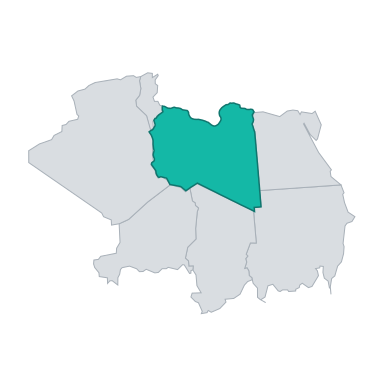 Libya and the surrounding countries, rotated 356°
{"feature_id": "LBY", "entity_name": "Libya", "entity_type": "country or territory", "adm_level": 0, "iso_a3": "LBY", "parent_name": "Africa", "parent_adm1": "", "projection": "natural_earth1", "projection_center": [17.634, 26.339], "detail": "fine", "context": "with_neighbors", "style": "filled", "palette": "teal", "viewbox_px": 384, "rotation_deg": 356, "n_neighbors": 6, "source": "natural_earth", "source_scale": "50m", "svg_char_len": 6725}
<svg xmlns="http://www.w3.org/2000/svg" viewBox="0 0 384 384"><g transform="rotate(356 192 192)"><path d="M257.8,307.5L252.4,303.9L250.0,301.6L250.6,292.4L246.6,287.3L245.8,281.8L243.3,279.4L243.2,274.7L241.7,271.6L239.2,272.0L241.7,265.7L240.9,262.3L243.2,259.8L241.7,257.9L246.7,246.9L252.6,247.4L252.1,211.7L260.0,211.6L259.8,195.3L341.1,195.3L343.6,203.4L342.2,204.8L343.4,213.2L346.3,223.0L352.8,228.0L349.5,232.6L344.4,234.0L342.3,236.5L339.1,253.9L339.9,257.1L338.9,264.1L336.2,272.1L332.1,276.1L328.6,285.7L325.3,288.0L323.3,296.5L323.5,303.8L323.4,297.4L322.4,297.3L321.6,290.4L318.0,287.2L317.0,281.4L317.8,275.4L314.5,274.8L314.1,276.6L309.9,277.0L311.6,279.4L312.3,284.3L305.1,294.6L301.5,295.5L295.6,290.7L293.0,292.4L292.3,294.8L288.7,296.3L288.5,298.0L281.5,298.0L280.5,296.3L275.5,296.0L273.0,297.4L271.1,296.7L266.2,289.7L261.2,290.9L257.5,301.9L253.0,304.3L257.8,307.5Z" fill="#d9dde1" stroke="#a8b0b8" stroke-width="1"/><path d="M252.0,215.1L252.6,247.4L246.7,246.9L241.7,257.9L243.2,259.8L240.9,262.3L241.7,265.7L239.2,272.0L241.7,271.6L243.2,274.7L243.3,279.4L245.8,281.8L245.8,283.8L241.3,285.2L237.8,288.5L232.8,297.3L226.2,301.1L217.5,301.3L218.2,304.2L211.6,310.2L202.8,313.3L199.9,311.3L198.6,313.4L192.8,314.0L193.9,311.8L190.7,302.9L187.7,301.5L183.6,296.7L185.1,292.9L194.1,293.2L190.4,285.8L190.2,275.0L187.4,269.8L188.1,266.0L183.7,265.8L183.7,260.6L180.8,257.6L183.9,246.8L192.7,239.2L193.1,228.6L195.9,212.0L197.4,208.5L194.5,205.7L194.4,203.1L191.8,201.0L190.2,188.3L197.1,183.8L252.0,215.1Z" fill="#d9dde1" stroke="#a8b0b8" stroke-width="1"/><path d="M190.2,188.3L191.8,201.0L194.4,203.1L194.5,205.7L197.4,208.5L195.9,212.0L193.1,228.6L192.7,239.2L183.9,246.8L180.8,257.6L183.7,260.6L183.7,265.8L188.1,266.0L187.4,269.8L185.5,270.3L185.2,272.9L183.9,273.1L179.2,264.2L177.6,263.8L172.2,268.4L163.0,265.5L161.0,266.7L156.9,266.4L152.8,269.9L149.3,270.1L140.9,265.9L137.6,267.9L134.0,267.8L131.4,264.7L124.5,261.6L117.0,262.6L115.2,264.4L114.1,269.0L112.1,272.3L111.5,279.6L106.2,274.9L103.8,274.9L101.4,277.3L101.6,271.7L93.6,269.9L93.5,266.0L89.7,260.6L88.8,256.9L89.4,253.0L93.9,252.7L96.5,249.8L112.2,247.8L112.9,242.8L116.7,237.3L117.1,218.6L126.9,214.9L147.1,198.9L170.8,183.3L181.5,186.9L185.4,191.3L190.2,188.3Z" fill="#d9dde1" stroke="#a8b0b8" stroke-width="1"/><path d="M154.6,127.5L152.0,112.8L142.7,102.6L142.3,96.5L146.5,91.9L148.2,85.2L147.4,77.4L148.9,73.3L156.1,70.0L160.7,70.9L160.4,75.1L166.0,72.1L166.4,73.6L163.1,77.6L162.9,81.4L165.2,83.4L164.2,90.5L159.7,94.6L160.9,99.0L164.3,99.2L165.9,103.1L168.4,104.3L167.9,110.6L157.9,118.7L157.9,125.6L154.6,127.5Z" fill="#d9dde1" stroke="#a8b0b8" stroke-width="1"/><path d="M31.2,151.3L32.0,139.4L43.2,133.4L55.6,130.0L58.4,125.9L66.4,122.6L67.1,116.6L71.0,115.9L74.2,112.9L83.0,111.5L84.3,108.3L82.7,106.6L80.7,93.0L78.6,87.7L85.2,83.3L92.4,81.9L96.7,78.5L103.1,76.0L125.2,73.9L128.5,75.1L134.8,71.9L141.8,71.9L144.4,73.8L148.9,73.3L147.4,77.4L148.2,85.2L146.5,91.9L142.3,96.5L142.7,102.6L152.0,112.8L156.6,134.7L155.1,153.3L155.6,158.5L152.8,161.9L156.7,167.9L156.9,171.4L159.3,175.9L162.5,174.4L167.8,178.2L170.8,183.3L147.1,198.9L126.9,214.9L117.1,218.6L109.4,219.4L109.5,214.2L102.1,210.5L100.5,206.7L31.2,151.3Z" fill="#d9dde1" stroke="#a8b0b8" stroke-width="1"/><path d="M341.1,195.3L259.8,195.3L258.9,136.2L256.7,129.6L258.4,124.6L257.3,121.1L259.6,117.1L268.5,117.0L284.8,122.9L292.6,117.9L298.4,117.3L303.2,118.3L305.2,122.3L306.7,119.7L317.3,122.1L320.5,120.0L325.6,134.0L320.9,147.8L319.4,149.2L313.9,142.9L308.6,131.2L308.0,131.9L321.1,161.5L332.6,179.6L331.3,181.0L331.7,186.3L341.1,195.3Z" fill="#d9dde1" stroke="#a8b0b8" stroke-width="1"/><path d="M154.8,128.1L155.6,127.7L156.8,127.2L157.4,126.8L157.6,126.5L158.5,125.2L158.9,124.5L159.6,123.6L159.8,122.9L159.9,122.3L159.8,121.5L159.4,119.7L159.0,118.0L159.3,117.3L159.6,117.0L160.1,116.2L160.3,116.0L161.5,115.8L161.9,115.2L162.3,114.6L162.4,114.2L162.9,113.8L163.5,113.5L163.8,113.0L165.1,112.2L166.2,111.5L167.4,110.8L168.4,110.2L168.6,109.8L168.6,109.3L168.1,108.4L168.1,107.2L168.2,106.3L168.2,105.7L168.5,104.2L169.5,104.5L170.6,104.7L173.6,106.6L174.6,106.8L176.8,107.1L179.4,106.3L180.3,106.2L182.0,106.9L182.7,107.1L184.0,107.2L186.1,107.8L186.7,108.1L187.9,109.1L188.5,109.4L192.9,110.4L193.5,111.1L194.1,112.3L194.1,113.9L194.4,115.0L195.0,116.4L195.6,117.5L196.4,118.3L197.2,118.8L199.2,119.6L201.4,119.9L203.6,120.0L207.4,121.1L210.6,122.4L211.4,123.0L213.0,123.6L216.2,126.6L218.0,127.6L219.3,127.8L220.4,127.6L222.4,126.6L223.2,126.0L225.2,123.4L225.9,122.1L226.1,121.2L226.0,120.2L225.8,119.3L225.2,118.4L224.8,117.3L224.6,115.1L224.9,113.6L225.3,112.7L225.9,111.8L227.5,110.1L229.2,108.9L232.1,107.3L233.8,107.3L234.5,107.1L235.9,106.0L236.5,105.9L237.3,106.2L239.6,106.1L240.6,106.4L241.8,107.1L243.4,107.6L244.4,108.0L245.6,108.6L245.9,110.0L245.8,110.4L245.8,110.9L247.0,111.9L250.4,112.3L251.1,112.6L252.0,113.3L252.6,113.5L255.0,113.7L256.3,113.5L257.6,113.8L258.1,114.0L258.6,114.6L259.2,116.0L259.5,116.4L259.2,116.7L258.9,117.2L258.7,117.6L258.1,118.3L257.6,119.1L257.6,120.2L257.8,121.3L258.1,122.4L258.4,123.6L258.4,124.4L258.1,125.4L257.9,126.2L256.9,127.9L256.7,128.3L256.8,128.9L257.4,130.9L257.5,131.5L257.9,133.5L258.3,135.1L258.7,136.3L258.7,136.7L258.8,138.5L258.8,140.3L258.8,142.2L258.9,144.0L258.9,145.8L258.9,147.7L259.0,149.5L259.0,151.3L259.0,153.2L259.0,155.0L259.1,156.9L259.1,158.7L259.1,160.5L259.2,162.4L259.2,164.2L259.2,166.0L259.3,167.9L259.3,169.7L259.3,171.5L259.3,173.4L259.4,175.2L259.4,177.0L259.4,178.9L259.4,180.7L259.5,182.5L259.5,184.4L259.5,186.2L259.5,188.0L259.6,189.9L259.6,191.7L259.6,193.5L259.6,195.4L259.7,199.5L259.7,203.5L259.8,207.6L259.8,211.6L258.1,211.7L256.4,211.7L254.7,211.7L253.0,211.7L253.0,212.7L253.0,213.7L253.0,214.8L253.0,215.8L249.7,213.8L246.4,211.9L243.1,210.0L239.7,208.1L236.4,206.1L233.1,204.2L229.8,202.3L226.5,200.3L223.2,198.4L219.9,196.5L216.6,194.5L213.4,192.6L210.1,190.7L206.8,188.7L203.5,186.8L200.3,184.9L198.0,183.5L195.5,184.9L193.6,185.9L191.1,187.2L188.2,189.0L186.0,190.3L185.9,190.3L183.5,188.0L181.7,186.2L180.9,185.7L177.5,184.8L174.1,183.9L170.5,183.0L169.9,181.5L169.2,179.9L168.3,177.9L167.7,176.6L167.5,176.4L164.8,175.5L161.9,174.5L160.2,175.1L159.9,175.0L159.4,174.7L159.0,174.2L158.7,173.5L158.1,172.6L157.5,170.4L157.4,168.7L157.3,168.1L155.9,165.7L154.6,163.6L153.7,162.1L153.5,161.5L153.6,160.7L154.0,159.9L155.3,159.1L156.5,158.2L156.7,157.5L156.8,155.7L156.4,155.2L156.2,154.1L155.9,152.7L155.9,151.8L156.4,150.0L157.1,148.1L156.7,146.0L156.5,141.7L156.8,138.4L156.7,137.2L156.6,136.7L156.2,135.1L155.7,133.5L155.5,132.9L154.9,131.6L153.9,130.0L153.4,129.0L154.1,128.5L154.8,128.1Z" fill="#14b8a6" stroke="#0f766e" stroke-width="1.5"/></g></svg>